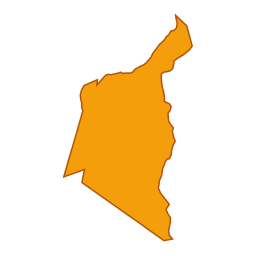 the district of Tacaimbó, Pernambuco, Brazil
{"feature_id": "56859067B67838199851802", "entity_name": "Tacaimbó", "entity_type": "district", "adm_level": 2, "iso_a3": "BRA", "parent_name": "Brazil", "parent_adm1": "Pernambuco", "projection": "equal_earth", "projection_center": [-36.247, -8.34], "detail": "fine", "context": "isolated", "style": "filled", "palette": "amber", "viewbox_px": 256, "rotation_deg": 0, "n_neighbors": 0, "source": "geoboundaries", "source_scale": "gbopen_adm2", "svg_char_len": 1412}
<svg xmlns="http://www.w3.org/2000/svg" viewBox="0 0 256 256"><path d="M63.8,176.9L69.2,174.9L84.5,169.5L81.9,182.5L106.9,200.2L131.4,217.5L141.2,224.3L145.9,227.7L148.4,229.6L164.0,240.6L172.5,239.0L169.2,235.0L168.6,230.7L170.4,222.3L170.4,217.7L167.8,213.7L166.0,209.4L169.3,204.4L164.3,197.9L162.6,196.1L160.5,193.0L158.3,188.0L158.9,185.2L159.4,180.8L161.6,175.5L162.2,171.2L162.9,167.8L164.1,165.1L165.3,161.8L167.1,159.1L169.3,158.8L171.1,155.0L171.5,151.3L172.2,148.0L173.4,144.4L175.2,141.1L173.6,137.1L172.3,131.2L173.3,127.8L170.6,124.4L168.5,120.7L168.3,117.3L168.0,113.3L170.0,110.6L171.1,106.8L169.5,103.9L164.3,101.4L164.5,98.0L164.1,95.0L163.5,91.4L162.4,87.6L161.5,81.8L161.3,78.7L161.4,73.6L164.5,72.0L167.5,71.6L170.2,70.8L172.7,68.5L173.8,64.0L174.1,60.9L177.5,58.3L180.4,56.6L183.0,55.0L185.1,53.5L189.5,49.8L192.2,46.1L186.8,25.9L175.7,15.4L176.1,18.8L177.1,22.3L177.0,25.6L176.2,28.3L173.7,30.5L170.9,30.9L169.0,34.5L166.2,36.8L164.6,39.6L162.4,41.9L159.4,44.5L156.8,48.2L154.5,51.0L152.8,53.3L151.1,57.1L148.5,60.1L146.0,63.0L143.5,64.9L140.5,66.2L137.5,67.9L134.8,69.4L132.9,71.9L131.0,73.0L125.7,73.1L122.6,73.4L120.6,72.2L118.3,73.1L111.0,74.7L107.9,74.4L105.5,75.4L102.1,79.1L96.9,85.0L97.4,79.7L84.1,85.5L81.5,90.1L80.3,95.0L80.6,98.6L81.7,103.1L81.7,107.6L82.9,110.7L77.9,128.2L73.8,142.4L70.9,152.2L68.2,161.3L63.8,176.9Z" fill="#f59e0b" stroke="#b45309" stroke-width="1.5"/></svg>